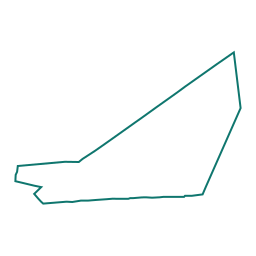 Ouadane, Adrar, Mauritania (orthographic projection)
{"feature_id": "47542326B44927668035814", "entity_name": "Ouadane", "entity_type": "district", "adm_level": 2, "iso_a3": "MRT", "parent_name": "Mauritania", "parent_adm1": "Adrar", "projection": "orthographic", "projection_center": [-9.881, 22.386], "detail": "fine", "context": "isolated", "style": "outline", "palette": "teal", "viewbox_px": 256, "rotation_deg": 0, "n_neighbors": 0, "source": "geoboundaries", "source_scale": "gbopen_adm2", "svg_char_len": 723}
<svg xmlns="http://www.w3.org/2000/svg" viewBox="0 0 256 256"><path d="M15.4,181.2L21.4,182.6L34.3,185.7L41.2,187.1L34.2,193.9L38.5,198.9L41.1,201.7L43.2,203.6L66.5,201.7L72.3,202.0L80.4,200.7L80.7,200.6L88.1,200.6L92.9,200.2L96.8,199.9L106.7,199.2L112.8,198.7L116.7,198.8L119.6,198.8L128.3,198.8L130.3,198.1L133.5,198.1L141.9,197.4L145.7,197.3L152.2,197.7L159.6,197.3L163.1,196.9L170.5,196.9L174.7,196.9L184.0,196.9L185.0,195.8L191.8,195.8L202.6,194.4L205.8,186.9L240.6,108.1L233.8,52.4L216.8,64.2L185.4,86.4L176.7,92.8L155.9,107.6L140.9,118.4L135.2,122.4L108.6,141.3L94.9,150.9L82.6,158.9L78.8,162.0L64.9,161.8L17.8,166.0L17.1,171.8L15.7,174.8L15.5,178.5L15.4,181.2Z" fill="none" stroke="#0f766e" stroke-width="2"/></svg>